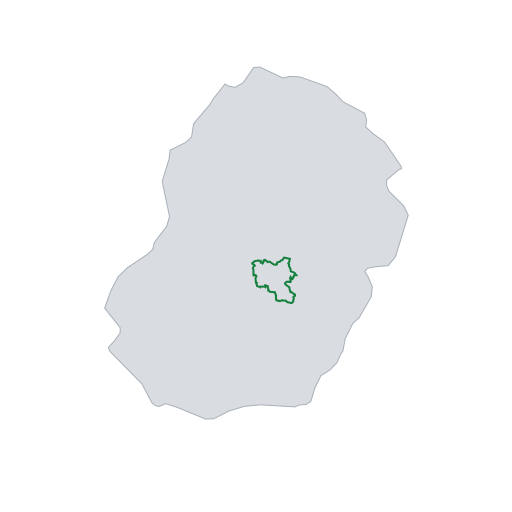 Veles, Veles, North Macedonia shown in context, rotated 132°
{"feature_id": "65306769B79358437937603", "entity_name": "Veles", "entity_type": "district", "adm_level": 2, "iso_a3": "MKD", "parent_name": "North Macedonia", "parent_adm1": "Veles", "projection": "equal_earth", "projection_center": [21.761, 41.766], "detail": "fine", "context": "in_parent", "style": "outline", "palette": "green", "viewbox_px": 512, "rotation_deg": 132, "n_neighbors": 0, "source": "geoboundaries", "source_scale": "gbopen_adm2", "svg_char_len": 2711}
<svg xmlns="http://www.w3.org/2000/svg" viewBox="0 0 512 512"><g transform="rotate(132 256 256)"><path d="M233.2,138.1L241.0,139.0L257.8,134.4L268.3,127.9L273.7,127.0L280.8,124.5L291.0,124.8L301.4,127.7L314.5,124.0L327.5,117.9L332.7,119.4L338.3,124.5L342.0,126.0L363.6,153.1L375.4,164.0L389.3,172.4L405.2,178.5L410.9,184.3L421.2,213.2L426.1,224.2L432.9,227.5L434.5,230.7L434.8,234.9L427.4,255.2L424.6,301.0L422.7,304.6L414.7,304.4L404.2,305.4L400.2,308.9L396.0,333.6L379.1,340.6L363.6,344.6L350.6,343.7L327.7,337.9L320.3,337.2L313.9,340.6L293.5,342.3L284.5,346.7L263.4,375.6L242.1,385.5L234.8,390.6L218.5,384.2L210.7,383.5L199.4,390.9L174.6,391.6L167.9,392.9L148.9,394.1L148.1,390.1L144.6,384.3L135.7,381.5L117.5,383.9L113.1,379.6L105.7,355.1L99.9,351.1L93.4,342.9L82.5,316.3L82.3,304.7L83.2,294.5L77.2,270.7L81.0,264.7L86.7,260.9L86.8,251.3L85.3,236.8L92.2,208.3L94.0,206.2L95.7,207.6L112.0,209.8L116.2,206.2L118.9,200.6L119.9,179.8L123.8,170.2L163.1,151.9L174.7,151.3L183.5,159.6L190.5,165.0L194.7,164.9L196.2,159.4L201.0,149.0L209.1,143.1L233.0,138.0L233.2,138.1Z" fill="#d9dde1" stroke="#a8b0b8" stroke-width="1"/><path d="M267.1,198.0L264.9,197.8L264.3,198.6L262.4,199.3L261.7,200.7L260.4,200.8L259.4,200.3L258.5,201.5L258.9,202.5L259.1,205.5L259.4,205.5L259.8,206.3L259.0,207.2L258.7,208.2L257.0,210.2L257.4,214.9L257.3,215.6L256.6,216.3L254.4,215.9L252.5,213.1L252.0,213.0L251.9,213.9L251.3,213.7L250.6,214.1L249.8,215.8L248.5,216.3L248.7,215.6L249.6,214.6L248.8,213.4L248.2,213.8L246.8,213.8L246.4,214.5L245.5,214.4L244.9,214.8L243.3,213.2L242.7,216.2L244.1,220.0L242.5,221.7L241.4,224.8L240.3,225.5L239.9,227.1L238.9,227.0L235.4,228.9L238.4,234.1L241.4,233.6L242.9,234.6L244.3,234.4L246.3,235.9L248.2,235.0L248.2,235.6L249.4,235.6L250.4,236.9L251.1,242.2L252.8,243.2L252.6,245.6L253.2,246.3L253.0,246.9L253.8,247.3L254.3,246.7L254.9,247.0L255.7,246.3L257.1,246.1L256.9,247.3L257.4,247.6L257.1,247.8L257.1,249.0L256.7,249.3L257.4,249.6L257.5,251.1L261.0,253.7L261.8,253.5L263.6,254.1L264.2,253.7L263.8,251.0L264.0,250.4L264.5,250.7L265.9,250.6L267.3,250.1L268.0,248.6L272.0,245.0L272.1,244.8L270.9,244.3L270.4,243.4L271.0,242.0L271.5,242.1L272.3,241.7L273.4,241.0L274.2,239.8L275.2,239.2L275.5,238.1L275.9,237.9L275.6,237.4L276.1,237.3L277.6,235.1L277.3,234.0L276.2,232.4L276.2,232.0L275.8,232.2L273.1,229.3L272.7,229.3L272.8,228.0L271.4,228.4L272.1,229.3L271.6,229.6L270.5,227.2L272.4,224.7L273.4,224.0L273.0,223.4L273.4,223.0L273.3,221.7L270.3,217.7L270.8,217.4L271.1,215.9L272.0,215.0L272.1,214.4L273.3,213.7L274.9,211.9L274.7,211.6L275.2,211.2L274.9,210.1L273.9,209.1L273.7,208.1L271.2,206.9L271.1,206.2L269.1,203.8L269.5,202.1L267.1,198.0Z" fill="none" stroke="#15803d" stroke-width="2"/></g></svg>